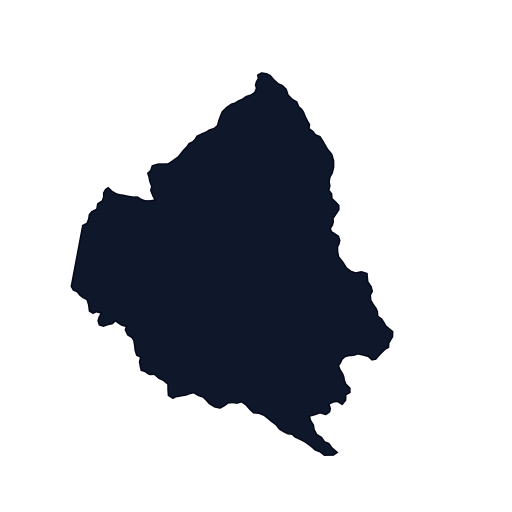 Anitápolis, Santa Catarina, Brazil (Albers equal-area conic projection), rotated 119°
{"feature_id": "56859067B93916704191286", "entity_name": "Anitápolis", "entity_type": "district", "adm_level": 2, "iso_a3": "BRA", "parent_name": "Brazil", "parent_adm1": "Santa Catarina", "projection": "albers", "projection_center": [-49.138, -27.872], "detail": "fine", "context": "isolated", "style": "filled", "palette": "ink", "viewbox_px": 512, "rotation_deg": 119, "n_neighbors": 0, "source": "geoboundaries", "source_scale": "gbopen_adm2", "svg_char_len": 3292}
<svg xmlns="http://www.w3.org/2000/svg" viewBox="0 0 512 512"><g transform="rotate(119 256 256)"><path d="M395.1,130.8L394.8,125.5L394.9,121.8L395.7,115.6L396.9,110.1L396.2,104.8L397.1,99.6L394.9,95.9L392.6,91.8L388.4,89.7L387.0,96.7L384.7,101.4L385.3,106.0L382.9,110.8L382.7,116.4L379.7,121.0L376.0,123.9L373.4,128.6L370.2,131.7L366.4,127.8L362.1,124.0L360.8,118.1L356.7,116.1L353.5,117.0L350.1,120.5L345.9,117.4L343.7,114.2L344.0,108.7L338.7,107.7L333.9,110.2L329.8,107.7L326.1,109.8L324.4,115.6L321.9,118.5L319.0,120.8L317.0,123.3L314.8,127.4L312.0,130.7L308.1,130.4L304.8,130.7L301.0,129.5L298.2,126.7L295.7,122.7L292.2,119.4L290.6,114.2L289.4,109.0L290.6,104.2L288.2,101.3L284.4,100.5L281.4,99.8L278.3,98.9L274.7,97.8L271.6,95.8L268.0,97.6L263.8,97.6L260.5,97.4L255.9,99.8L255.0,104.8L254.3,108.4L252.2,111.9L250.2,115.6L249.7,120.3L245.6,123.0L243.6,125.7L241.6,129.9L239.0,134.3L234.5,137.2L230.6,137.1L227.0,140.5L224.4,145.7L221.3,147.9L217.5,150.4L218.7,156.2L222.6,160.7L223.4,165.6L222.6,171.1L219.3,177.1L216.7,183.3L212.8,186.6L208.6,189.1L205.1,189.3L201.8,190.3L198.8,193.5L198.4,198.0L198.2,201.9L195.9,204.4L191.9,204.2L188.5,205.0L185.9,206.9L181.3,206.5L175.3,206.0L171.7,208.1L170.2,212.5L169.0,217.4L164.9,220.1L163.2,224.3L158.8,225.4L155.8,228.0L151.2,229.6L146.2,229.6L140.6,231.2L135.1,234.3L130.4,239.0L127.8,245.5L125.1,250.0L122.7,254.0L120.6,257.9L121.2,262.8L119.4,266.8L119.0,271.4L115.0,273.0L112.8,276.8L110.1,280.7L107.2,284.2L105.5,287.4L104.8,291.1L101.5,295.0L101.4,300.2L99.7,306.0L95.6,310.4L94.2,315.6L94.6,320.0L93.2,326.1L91.3,331.0L91.5,335.0L93.2,339.9L97.0,342.2L99.7,339.9L103.1,340.1L106.7,339.3L109.0,336.9L113.3,336.3L117.5,338.3L121.4,342.0L125.2,343.7L129.0,346.6L132.4,348.4L135.0,351.0L140.4,353.7L146.2,355.4L151.2,354.8L155.3,354.2L160.6,352.9L164.9,354.5L168.3,357.8L171.9,359.7L175.5,362.6L179.9,365.7L183.3,365.7L186.7,366.6L190.1,369.0L194.2,369.4L198.9,370.7L203.5,371.4L207.1,372.1L210.7,373.8L214.3,375.5L218.1,377.5L220.6,381.7L223.1,386.2L227.4,390.4L232.2,389.5L236.1,390.8L238.5,388.1L242.0,385.2L245.7,380.9L249.7,379.8L253.5,375.1L255.9,371.3L259.1,375.3L261.5,379.6L262.2,384.1L261.9,388.1L264.3,392.5L265.9,397.1L267.3,401.8L268.6,405.0L269.4,408.4L269.3,413.6L267.9,418.3L270.8,419.8L274.8,419.8L278.0,417.9L282.2,417.1L287.1,419.7L292.3,417.9L296.7,421.0L300.5,421.8L304.6,420.3L309.2,419.6L313.3,422.3L372.1,402.8L374.3,399.3L373.9,395.3L375.7,390.7L376.2,386.8L376.0,382.7L379.9,378.6L384.9,375.0L385.1,370.8L382.1,368.5L380.9,363.4L385.1,363.6L389.3,362.7L392.2,359.6L391.4,355.5L387.8,352.3L384.9,348.9L380.8,347.6L381.3,343.9L381.6,340.0L380.4,335.1L383.9,334.5L387.2,329.9L387.4,325.1L389.0,322.0L392.6,319.1L397.1,315.9L400.6,312.2L400.3,307.9L405.1,306.5L408.9,303.4L411.6,301.0L410.8,297.3L411.3,291.8L408.7,287.4L410.0,281.6L409.6,277.0L410.8,270.8L415.3,268.3L420.4,265.0L420.7,259.7L418.0,257.9L414.0,253.0L411.6,249.9L408.4,247.2L405.8,244.3L405.9,238.5L405.0,234.0L406.2,229.4L407.7,225.4L408.0,219.0L406.4,213.7L402.1,211.0L398.0,209.2L395.5,205.4L393.9,201.3L390.5,198.0L391.0,192.8L393.2,186.6L394.3,182.2L392.1,177.1L391.4,171.7L392.1,167.3L393.1,162.4L393.8,156.7L396.0,151.6L396.2,146.2L396.0,141.9L394.3,137.9L395.3,134.6L395.1,130.8Z" fill="#0f172a" stroke="#020617" stroke-width="1.5"/></g></svg>